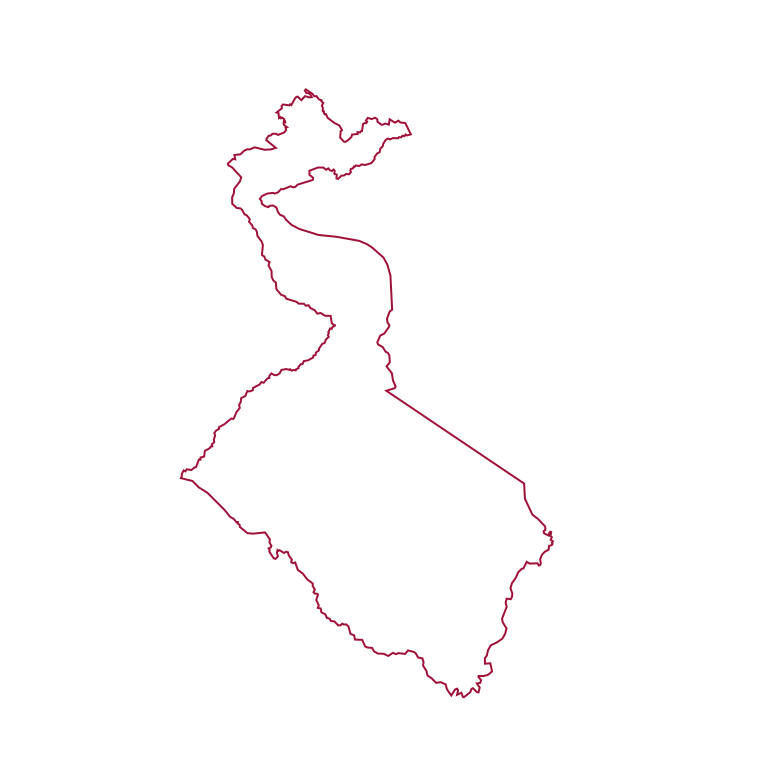 Ipiales, Nariño, Colombia, rotated 35°
{"feature_id": "7082276B52108893597118", "entity_name": "Ipiales", "entity_type": "district", "adm_level": 2, "iso_a3": "COL", "parent_name": "Colombia", "parent_adm1": "Nariño", "projection": "orthographic", "projection_center": [-77.531, 0.632], "detail": "fine", "context": "isolated", "style": "outline", "palette": "rose", "viewbox_px": 768, "rotation_deg": 35, "n_neighbors": 0, "source": "geoboundaries", "source_scale": "gbopen_adm2", "svg_char_len": 6165}
<svg xmlns="http://www.w3.org/2000/svg" viewBox="0 0 768 768"><g transform="rotate(35 384 384)"><path d="M251.7,158.0L247.5,160.4L244.8,160.0L243.0,163.7L236.8,163.9L239.2,168.8L235.8,169.8L233.7,173.0L228.3,173.0L226.6,171.0L224.0,171.0L221.9,174.1L218.1,175.3L218.1,178.6L219.8,178.8L219.8,180.6L218.7,181.0L217.7,183.0L220.9,189.5L219.9,190.4L220.1,191.8L217.8,192.9L219.0,194.4L214.8,197.9L215.6,200.4L214.8,204.5L213.6,207.7L212.2,208.5L206.7,207.3L203.5,201.7L204.0,200.1L199.0,197.8L194.1,198.6L185.3,198.3L181.6,196.2L180.9,197.1L179.7,196.7L178.3,195.1L177.4,195.7L175.5,192.8L173.5,191.8L173.0,188.6L170.6,188.3L170.2,187.4L167.5,188.2L163.7,186.9L161.9,188.3L158.8,187.3L151.0,187.5L150.8,189.0L153.4,190.2L156.6,188.7L160.2,190.5L158.6,192.0L154.2,193.5L153.5,198.9L148.4,198.1L147.2,200.2L148.1,208.7L146.6,208.7L146.5,210.1L140.9,213.0L140.6,214.8L142.2,216.9L140.3,223.2L142.2,222.6L145.5,226.4L146.1,224.8L147.2,225.4L147.8,224.2L150.5,224.3L151.1,225.7L152.1,225.4L153.1,226.4L151.8,227.4L153.2,229.1L157.3,229.3L156.4,230.5L158.2,232.2L158.0,235.1L154.3,240.8L151.9,241.0L149.0,243.1L148.9,245.1L147.1,246.9L147.2,250.6L147.7,251.8L160.0,252.6L156.7,256.8L151.7,260.7L142.3,264.3L139.6,268.8L137.5,270.0L135.7,273.1L134.6,278.3L130.1,282.2L133.3,285.3L131.1,286.3L129.7,293.1L130.9,294.1L135.3,293.7L148.5,296.6L149.8,300.8L149.3,309.9L151.7,314.1L152.5,318.1L156.3,323.4L162.3,324.3L165.8,322.5L167.7,322.7L172.6,325.1L174.2,324.5L178.4,325.5L179.7,326.3L180.4,328.5L185.2,329.7L187.0,331.4L190.1,331.0L192.4,332.1L195.4,335.3L202.0,337.5L205.0,339.5L210.0,348.4L212.8,348.2L215.5,350.1L220.3,349.7L221.4,353.1L227.1,356.0L230.7,360.8L233.9,362.6L237.3,363.0L241.5,368.1L248.5,369.9L252.6,368.9L255.0,370.2L265.1,366.9L268.1,367.1L272.3,364.2L275.2,364.7L276.9,362.8L280.3,364.0L285.1,363.3L289.0,364.6L291.4,362.2L296.6,361.9L301.2,358.8L306.4,364.2L309.5,364.5L310.6,363.4L309.1,367.1L309.5,369.0L308.0,369.4L308.6,373.4L309.6,373.8L310.0,376.1L311.7,377.0L310.9,381.0L311.8,384.4L310.4,386.6L310.5,392.4L311.4,393.8L310.2,397.3L311.3,399.5L309.9,401.2L310.7,403.0L308.2,408.2L305.2,411.2L305.8,414.3L304.5,415.5L304.1,419.1L304.9,420.0L303.5,422.5L303.9,423.5L301.9,424.3L300.8,426.0L298.6,425.8L298.6,426.6L295.4,427.8L291.9,431.3L292.4,435.3L291.0,438.3L289.1,439.6L285.6,440.0L285.5,443.4L286.7,444.8L285.3,446.3L284.7,452.0L282.4,452.8L282.4,455.8L279.0,462.2L280.1,464.5L277.8,467.5L276.1,468.1L277.3,473.4L275.1,477.4L277.0,481.0L277.3,484.3L279.6,486.3L279.3,491.8L280.7,498.2L280.6,499.1L278.7,499.9L276.3,508.6L273.6,513.9L274.6,515.4L273.2,518.3L273.1,521.5L275.2,523.0L276.4,526.9L278.3,529.2L277.6,532.1L279.1,533.6L277.9,534.7L278.0,536.7L275.6,541.6L278.3,546.6L275.9,549.4L277.0,551.3L275.7,552.0L277.7,560.0L276.6,561.2L275.6,564.9L271.4,567.0L271.4,569.5L269.5,569.7L269.9,573.6L271.3,575.4L271.6,577.6L282.8,573.3L291.6,574.9L301.7,574.4L326.0,578.7L334.1,581.1L338.5,580.7L342.0,581.8L343.5,580.9L344.0,582.2L346.4,582.1L348.0,583.8L357.7,584.5L362.7,581.6L371.7,573.8L379.6,576.7L381.1,579.5L384.6,581.1L385.0,582.8L383.8,584.8L385.7,585.6L386.2,587.1L393.8,590.1L395.5,589.4L396.0,586.1L393.1,583.7L392.0,581.1L393.3,581.2L393.7,580.1L399.1,579.7L400.0,577.6L401.8,576.9L404.2,579.0L409.3,580.7L410.0,583.1L412.2,583.0L413.6,581.1L420.0,585.7L426.3,585.9L433.3,588.1L440.2,588.3L441.3,590.3L445.2,592.0L445.7,595.0L447.6,595.4L449.3,594.2L450.7,594.4L452.4,599.8L457.5,602.7L458.2,605.3L460.9,604.2L463.7,607.0L468.0,606.3L471.4,608.4L474.1,607.4L476.5,608.6L479.5,606.9L484.9,608.0L486.8,606.6L487.3,604.2L489.0,604.1L490.9,602.6L494.0,603.0L499.8,607.9L503.7,607.0L506.8,610.0L512.9,606.1L519.1,609.8L521.7,609.3L525.6,607.0L529.1,608.7L533.4,608.4L538.5,605.2L543.5,604.3L545.4,599.2L548.8,598.4L550.1,596.2L556.1,593.0L556.5,588.5L562.3,586.3L564.7,586.5L568.9,588.5L572.8,586.7L576.0,589.2L577.4,592.2L583.3,594.7L586.9,597.9L591.5,597.7L598.2,598.9L601.3,595.8L606.8,594.7L610.6,597.9L617.7,600.6L617.5,593.3L618.7,591.6L620.4,592.5L622.1,596.7L624.5,592.5L628.0,595.0L629.1,594.8L631.4,587.0L630.6,583.6L631.3,582.2L637.0,583.1L638.3,582.3L636.5,577.8L631.8,576.0L634.3,573.6L633.3,570.8L629.4,569.8L629.0,568.9L632.9,566.3L636.0,562.6L637.4,557.5L631.3,551.8L627.1,555.2L623.9,550.7L624.0,547.4L621.9,542.4L621.4,536.7L624.6,531.1L627.0,524.7L626.5,519.1L624.5,513.9L617.9,511.1L615.3,508.5L612.3,496.1L609.1,493.4L607.6,489.5L611.3,487.5L610.8,484.6L609.3,482.0L604.8,478.8L603.1,474.0L603.1,467.0L601.9,461.3L602.8,456.4L604.0,455.2L602.9,447.8L606.3,447.6L612.6,442.8L615.0,443.9L615.7,442.8L615.4,441.0L612.4,438.0L611.4,433.6L611.9,429.3L613.9,425.4L612.1,421.9L613.8,419.7L613.8,418.2L612.6,417.8L612.6,416.0L609.9,416.0L609.3,413.2L607.5,413.0L605.9,409.4L604.9,409.7L604.8,411.2L605.7,413.7L600.8,414.5L599.2,413.1L599.9,411.0L597.8,408.3L587.4,406.2L580.5,405.9L565.3,397.2L555.9,385.2L389.8,388.2L395.2,381.2L395.0,379.4L389.4,376.0L384.3,370.7L376.0,368.1L376.3,362.9L371.9,357.4L369.5,356.3L366.7,356.6L361.8,354.5L356.5,355.0L354.6,353.7L353.2,346.5L355.3,342.4L355.3,334.7L354.7,332.7L351.6,331.7L349.0,328.7L347.1,321.5L348.0,318.4L327.0,291.4L318.3,284.3L311.0,280.7L295.5,279.0L290.0,279.2L281.5,281.0L260.6,290.7L244.8,299.5L226.0,305.5L217.2,306.7L209.4,305.6L206.0,304.2L201.5,305.0L198.4,303.9L194.6,301.1L190.5,301.5L188.0,303.8L187.8,305.5L184.3,306.6L180.5,306.4L178.8,304.4L176.1,303.6L176.3,299.8L179.4,294.7L183.5,291.1L185.4,290.6L187.3,287.6L187.9,283.3L189.7,282.3L194.0,275.6L196.8,275.0L198.2,273.6L198.9,270.2L208.6,257.7L207.5,255.7L202.9,255.4L200.6,252.1L205.7,244.6L210.1,241.5L213.7,241.7L214.7,239.3L217.2,240.0L219.1,239.4L219.7,237.2L221.2,237.6L222.9,240.3L225.2,239.6L227.2,242.9L228.7,242.5L229.6,237.9L231.7,236.0L232.5,233.7L235.0,232.3L235.4,229.4L233.8,228.4L233.5,226.8L234.9,225.2L234.5,223.2L235.3,223.1L235.7,221.0L238.8,219.6L239.6,217.1L242.9,215.4L246.9,210.4L247.4,205.3L246.0,203.3L246.2,198.9L247.5,196.7L246.0,193.4L246.6,190.0L245.6,187.7L245.4,182.9L246.5,180.6L248.6,180.2L250.1,177.6L254.7,174.5L254.7,173.2L256.7,172.0L256.7,170.0L258.6,169.3L258.6,167.3L260.3,167.2L262.8,164.1L251.7,158.0Z" fill="none" stroke="#9f1239" stroke-width="2"/></g></svg>